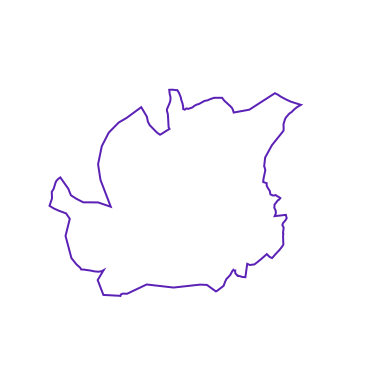 Ikeduru, Imo, Nigeria (orthographic projection), rotated 331°
{"feature_id": "59680162B47841916602322", "entity_name": "Ikeduru", "entity_type": "district", "adm_level": 2, "iso_a3": "NGA", "parent_name": "Nigeria", "parent_adm1": "Imo", "projection": "orthographic", "projection_center": [7.171, 5.555], "detail": "fine", "context": "isolated", "style": "outline", "palette": "violet", "viewbox_px": 384, "rotation_deg": 331, "n_neighbors": 0, "source": "geoboundaries", "source_scale": "gbopen_adm2", "svg_char_len": 2731}
<svg xmlns="http://www.w3.org/2000/svg" viewBox="0 0 384 384"><g transform="rotate(331 192 192)"><path d="M264.0,124.2L257.2,120.4L255.8,120.1L252.9,119.6L252.0,119.5L250.3,119.4L249.1,119.1L247.9,118.6L247.1,118.4L245.1,118.4L241.5,118.4L239.6,118.2L238.9,117.9L237.5,117.8L235.7,117.8L233.7,118.2L232.2,118.1L229.7,117.6L228.8,117.4L228.1,116.5L227.7,116.2L225.6,116.5L224.5,115.1L225.4,113.6L226.0,112.0L226.7,109.6L227.3,106.2L228.0,104.0L228.3,102.1L228.7,98.8L228.5,95.7L227.6,95.3L226.6,94.6L225.2,93.5L223.5,92.5L221.6,91.6L220.0,95.5L219.2,98.6L217.5,101.4L215.6,103.3L212.1,106.0L210.2,107.5L209.4,108.8L208.7,111.9L207.5,114.6L204.6,120.6L203.0,123.9L202.9,124.7L202.9,125.9L201.2,126.0L198.1,126.1L194.4,126.4L191.8,126.4L190.3,123.4L189.3,120.0L187.4,113.0L187.5,109.1L189.0,104.4L189.0,101.9L188.7,93.2L170.7,95.5L161.6,95.7L148.0,99.7L135.3,108.2L123.3,122.2L117.8,137.1L113.8,165.5L104.7,155.5L91.9,148.3L87.4,141.6L84.5,136.1L85.4,129.3L83.9,115.4L81.3,115.7L78.6,116.6L76.9,117.9L72.5,122.2L69.4,123.9L66.5,129.7L60.7,135.0L63.1,139.3L66.3,143.6L71.5,149.7L72.1,156.2L60.1,169.1L54.5,191.3L55.8,199.1L57.5,204.1L57.5,206.0L59.9,207.5L62.1,209.2L64.9,211.3L67.9,213.9L71.4,216.3L74.6,217.5L76.8,217.5L66.8,223.3L64.6,239.1L69.8,242.3L75.5,245.9L77.4,247.0L79.0,248.2L80.3,247.1L82.0,247.3L82.9,247.7L85.8,249.5L107.5,250.9L129.5,266.6L154.1,276.9L160.0,280.5L164.7,290.5L166.1,290.6L174.1,289.4L175.9,287.9L177.4,286.6L179.9,284.8L182.6,284.0L185.3,283.1L187.7,281.5L188.2,281.2L188.6,280.9L189.4,280.5L190.4,280.2L190.4,280.6L190.7,280.9L191.7,281.6L191.2,282.1L191.1,282.7L190.8,283.5L190.5,284.3L190.7,285.2L191.1,286.1L191.0,286.7L191.6,287.3L191.5,287.8L193.0,288.7L194.7,290.6L197.4,292.4L203.5,284.2L205.5,281.6L207.2,283.9L211.6,285.6L219.4,284.3L227.3,282.6L228.3,286.1L229.2,287.6L230.0,288.6L236.2,286.4L240.1,285.2L244.0,283.6L246.4,282.3L250.4,274.4L251.6,272.9L251.5,272.3L254.9,267.6L255.0,264.7L256.6,263.3L260.2,262.0L262.1,260.8L263.0,257.5L252.6,253.2L255.1,251.2L256.1,249.0L256.4,245.6L258.1,243.0L263.1,240.9L264.4,240.9L266.3,240.1L265.4,238.3L265.1,237.9L264.5,237.0L263.7,235.2L262.7,235.1L261.0,234.2L259.5,232.2L259.8,230.8L260.5,229.1L260.4,226.6L260.3,225.3L260.4,222.6L261.6,220.5L259.1,217.8L260.7,215.4L263.9,211.7L266.8,208.3L267.5,205.4L267.5,204.6L272.7,197.3L284.6,189.8L301.7,182.8L302.9,181.0L304.4,178.0L304.9,177.1L306.0,176.0L308.1,173.9L310.3,172.3L311.9,171.8L314.2,170.9L315.7,170.5L317.5,170.4L318.4,170.2L320.1,169.7L321.6,169.3L323.1,169.0L325.0,168.7L329.5,168.6L322.3,161.0L319.0,156.5L315.9,151.7L314.4,148.7L312.4,145.8L282.0,147.8L267.0,142.7L267.7,139.5L267.6,137.2L266.9,134.8L264.5,127.8L264.0,124.2Z" fill="none" stroke="#5b21b6" stroke-width="2"/></g></svg>